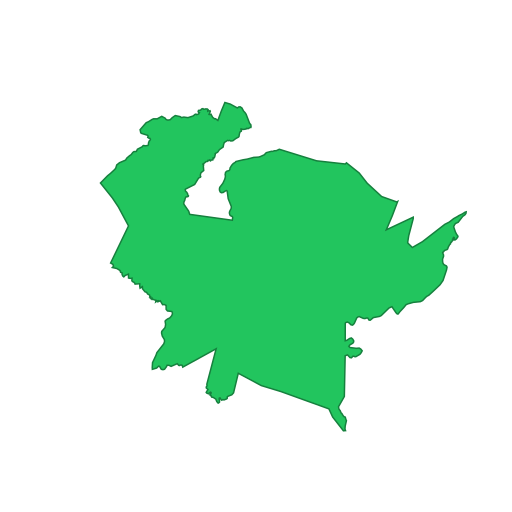 the district of Cuautepec, Guerrero, Mexico, rotated 213°
{"feature_id": "50627088B24932390354910", "entity_name": "Cuautepec", "entity_type": "district", "adm_level": 2, "iso_a3": "MEX", "parent_name": "Mexico", "parent_adm1": "Guerrero", "projection": "equal_earth", "projection_center": [-98.954, 16.72], "detail": "fine", "context": "isolated", "style": "filled", "palette": "green", "viewbox_px": 512, "rotation_deg": 213, "n_neighbors": 0, "source": "geoboundaries", "source_scale": "gbopen_adm2", "svg_char_len": 6124}
<svg xmlns="http://www.w3.org/2000/svg" viewBox="0 0 512 512"><g transform="rotate(213 256 256)"><path d="M87.5,157.0L85.8,158.3L87.1,159.3L88.6,162.0L90.5,167.2L91.5,167.8L93.4,169.5L94.6,169.2L96.1,169.6L98.3,170.7L99.1,170.7L101.1,172.1L103.1,172.8L104.7,174.5L105.4,186.3L126.9,220.9L125.4,222.9L121.8,222.0L120.5,222.6L120.1,224.8L119.2,225.3L118.1,225.4L117.4,226.0L115.3,230.1L115.1,232.2L115.3,234.3L117.3,235.0L119.3,235.0L121.6,233.2L127.4,230.4L128.9,230.8L128.9,232.5L127.3,235.6L127.3,237.2L128.0,238.2L129.7,239.0L131.4,239.2L132.6,237.8L133.8,234.9L135.0,233.5L144.5,248.2L144.5,249.0L143.4,250.4L141.5,250.6L139.0,250.0L137.5,250.5L137.0,251.6L136.9,253.4L137.8,259.0L137.3,260.4L136.5,261.4L132.1,262.1L130.6,262.8L129.3,264.4L128.3,264.8L126.3,263.8L125.2,264.4L124.0,268.3L119.5,272.6L118.5,274.3L116.1,284.9L114.4,287.5L107.5,284.6L106.0,284.3L105.2,284.8L105.0,287.6L104.0,293.2L103.6,296.9L102.6,298.5L98.8,302.8L93.3,307.2L92.0,309.4L91.2,313.7L90.7,315.4L89.7,317.2L88.3,322.5L86.0,332.1L85.8,337.3L88.6,348.0L89.7,350.7L90.9,351.4L93.6,351.1L95.2,351.7L96.3,352.8L97.8,354.9L98.6,358.1L99.5,359.2L101.3,360.4L101.4,360.8L101.1,361.2L100.9,363.1L100.6,363.8L99.3,365.4L99.1,366.3L99.6,368.1L99.8,371.0L99.5,372.2L100.0,373.0L100.0,373.7L99.6,374.1L99.7,374.8L99.3,376.7L99.4,377.1L100.3,377.2L100.1,378.0L100.5,379.0L100.4,379.3L99.8,379.4L98.9,378.0L98.5,377.7L97.9,377.7L97.2,379.5L97.1,381.9L97.4,382.6L99.7,383.5L101.9,384.8L105.7,387.8L106.3,388.5L106.5,390.9L106.3,392.1L104.8,394.4L104.2,401.8L103.2,404.3L103.1,406.0L103.8,407.5L104.5,406.7L105.9,403.6L108.1,400.0L108.4,399.1L110.6,395.0L112.4,389.7L114.9,385.4L124.2,358.7L129.5,348.3L135.5,349.5L136.3,350.2L139.0,356.3L144.5,373.0L145.3,374.2L161.0,348.9L163.6,363.9L166.9,378.9L167.4,378.0L183.0,374.3L202.4,377.6L214.6,381.8L230.9,383.4L231.2,381.8L257.1,368.8L294.6,358.2L296.3,355.4L298.0,354.2L299.0,352.8L300.1,352.2L303.6,348.3L304.0,347.0L304.0,345.7L306.6,341.6L307.9,340.2L311.6,337.5L316.2,332.4L319.2,329.7L324.3,324.3L324.5,323.0L325.4,321.3L325.8,318.9L325.7,315.7L325.0,314.3L325.0,313.3L325.4,312.6L326.6,311.4L327.1,309.6L326.2,307.4L325.3,306.5L324.7,305.4L324.0,303.3L323.4,298.9L323.8,293.9L323.5,292.9L322.6,291.4L320.9,290.2L319.5,290.2L318.2,291.3L317.0,294.1L316.4,294.8L315.5,294.7L310.5,288.9L303.7,284.1L302.7,282.4L302.4,279.1L301.8,277.6L300.3,276.2L299.4,275.9L297.4,276.2L296.6,275.7L295.3,273.1L334.3,254.8L336.8,256.9L344.6,260.1L345.4,261.0L346.0,262.5L346.0,263.6L346.8,265.9L346.9,267.5L345.5,268.6L345.3,269.2L345.4,269.7L346.4,270.0L347.2,270.9L348.9,271.8L350.3,271.9L351.6,273.2L351.5,273.8L346.4,282.6L346.6,290.1L345.5,291.9L345.6,292.5L346.4,293.0L347.0,294.1L347.5,295.8L346.4,299.2L349.2,302.8L349.5,303.9L350.3,303.9L350.6,304.2L349.7,306.4L349.5,307.7L348.2,308.9L348.4,309.9L347.8,310.0L347.7,310.7L347.2,311.4L346.8,310.9L345.9,311.0L345.8,312.1L344.6,313.0L345.1,313.8L344.6,314.5L345.3,315.1L344.6,315.7L344.6,316.8L345.1,317.6L345.3,318.7L346.0,319.7L344.7,322.2L344.6,325.3L342.9,329.5L343.9,331.9L344.4,333.9L342.8,337.5L341.9,337.7L341.1,338.6L339.8,338.7L338.2,340.0L336.9,343.5L335.4,346.3L335.4,347.1L336.2,348.8L337.0,351.2L336.3,352.7L336.7,353.5L337.8,354.2L337.8,354.5L335.9,355.0L335.0,355.7L333.6,357.0L333.5,357.8L332.9,357.8L332.6,358.4L331.9,358.6L331.0,360.5L330.3,361.0L330.8,362.1L332.0,363.4L333.5,363.7L341.5,369.5L343.4,370.3L345.2,370.7L348.5,372.5L350.5,372.5L351.6,371.7L352.3,370.0L360.3,369.4L365.7,367.8L364.0,358.5L361.8,348.9L364.7,349.1L365.5,348.5L367.9,348.7L371.0,350.4L371.4,349.7L372.5,349.2L373.1,352.4L373.7,352.8L374.3,352.1L375.1,351.9L375.4,351.2L375.8,351.8L375.8,352.6L376.8,352.8L378.3,352.0L379.6,350.6L380.8,350.7L381.7,349.7L381.9,348.1L383.5,346.8L383.2,345.6L382.1,345.0L381.6,345.3L381.5,343.7L382.8,342.2L383.6,342.3L384.2,341.7L385.0,339.2L388.4,335.0L392.2,333.2L393.8,331.6L395.8,331.5L400.2,329.8L401.6,326.4L402.2,323.5L404.0,321.9L405.9,321.5L407.2,322.1L411.1,321.8L413.6,317.2L416.7,315.2L417.5,314.0L419.3,310.1L420.7,308.0L422.0,298.8L419.9,296.7L419.1,296.4L412.6,298.2L411.7,297.7L411.4,296.5L409.9,296.5L409.0,296.9L408.1,296.4L407.9,294.9L408.2,294.3L407.7,292.1L407.0,291.1L406.8,289.9L409.1,287.9L410.3,287.6L410.8,287.0L410.9,285.7L413.6,281.0L413.3,278.5L415.2,277.1L415.7,275.8L415.9,273.0L416.7,271.2L417.7,267.7L417.6,265.4L421.3,259.9L422.4,256.5L421.5,253.4L421.6,251.7L423.1,245.8L424.2,242.4L426.2,232.5L408.2,226.5L398.2,222.2L379.3,211.8L374.1,170.9L371.5,171.1L369.9,169.8L370.2,168.1L365.9,169.7L362.2,169.8L360.7,168.6L359.1,168.9L358.2,167.5L356.7,166.6L355.5,166.5L355.1,168.5L353.1,171.3L350.9,168.1L349.1,168.8L347.9,169.9L346.6,167.6L345.6,167.3L343.9,167.5L342.3,166.9L342.1,166.6L338.4,169.4L337.0,167.3L335.7,165.9L334.6,168.4L333.3,166.7L329.5,165.5L328.0,166.0L326.3,165.1L324.0,165.3L322.9,164.1L322.2,164.5L321.5,163.7L321.9,163.2L321.0,163.2L320.3,162.8L320.1,164.0L318.9,163.3L318.1,163.8L317.1,163.9L315.7,164.4L315.1,162.9L314.6,164.3L313.9,164.0L313.8,165.3L313.3,165.5L312.8,164.9L311.9,166.3L307.8,164.3L306.4,165.4L304.5,165.6L302.3,162.3L300.3,161.7L296.4,163.6L295.5,163.1L294.5,161.8L294.2,159.8L294.6,157.1L295.9,155.0L296.8,152.5L296.7,151.8L294.5,149.3L293.3,146.5L294.0,141.5L293.3,140.0L291.0,137.8L287.3,136.0L286.1,134.4L285.5,132.1L286.5,121.0L285.8,118.2L284.7,110.2L282.3,106.0L281.2,104.5L278.3,107.9L277.7,110.6L276.8,110.9L273.7,109.4L272.1,110.0L271.0,111.2L270.8,114.6L271.1,115.9L269.6,116.9L267.1,117.2L263.4,122.8L261.3,122.2L260.7,122.3L259.7,123.7L258.3,124.1L256.9,122.9L238.9,156.5L227.4,121.7L226.4,120.6L226.4,119.2L225.9,118.3L223.6,117.9L223.5,114.5L222.8,114.2L220.9,114.5L220.1,117.0L219.5,117.1L219.1,116.9L218.9,116.1L219.1,114.4L217.6,114.5L217.2,113.9L216.3,113.5L214.8,114.1L211.8,114.1L209.7,112.6L207.9,112.0L207.4,112.2L207.0,113.5L207.7,114.7L209.0,115.9L209.4,116.8L209.3,117.1L208.8,117.4L207.3,116.6L206.2,116.4L205.5,117.6L204.5,117.8L202.8,120.1L202.6,120.9L203.4,122.3L203.1,123.1L200.7,126.4L200.3,129.0L207.0,148.0L181.0,150.2L161.2,155.9L111.6,167.5L104.0,162.7L87.5,157.0Z" fill="#22c55e" stroke="#15803d" stroke-width="1.5"/></g></svg>